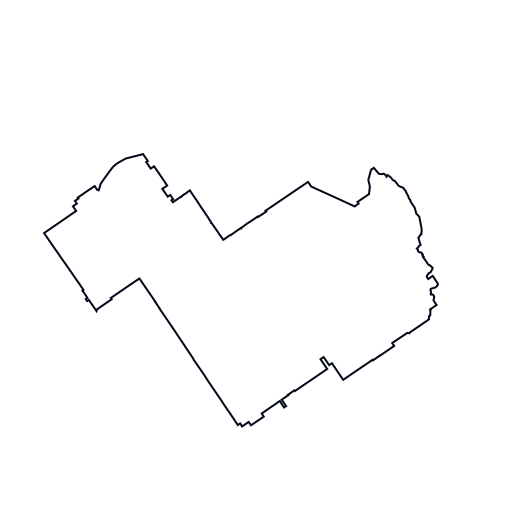 the district of Coolamon, New South Wales, Australia, rotated 317°
{"feature_id": "25037944B40233060499011", "entity_name": "Coolamon", "entity_type": "district", "adm_level": 2, "iso_a3": "AUS", "parent_name": "Australia", "parent_adm1": "New South Wales", "projection": "robinson", "projection_center": [147.189, -34.6], "detail": "fine", "context": "isolated", "style": "outline", "palette": "ink", "viewbox_px": 512, "rotation_deg": 317, "n_neighbors": 0, "source": "geoboundaries", "source_scale": "gbopen_adm2", "svg_char_len": 5755}
<svg xmlns="http://www.w3.org/2000/svg" viewBox="0 0 512 512"><g transform="rotate(317 256 256)"><path d="M115.7,101.0L115.2,104.4L114.6,108.4L113.9,113.1L113.2,118.3L113.0,119.9L112.5,122.7L110.3,138.7L110.1,139.6L109.8,142.0L108.4,151.4L108.3,152.2L108.3,152.7L108.0,154.6L106.9,161.8L106.7,163.1L105.5,162.9L104.2,171.6L102.2,171.3L101.8,173.8L103.8,174.1L101.8,187.5L102.0,187.4L102.8,187.0L103.3,186.7L103.5,186.6L111.5,187.8L121.0,189.2L121.3,187.7L137.8,190.2L141.7,190.8L144.3,191.1L144.8,191.2L144.8,191.3L151.7,192.3L155.4,193.0L154.1,201.5L151.2,220.8L151.0,220.7L149.8,228.5L149.6,228.5L145.8,253.4L145.0,258.5L144.9,258.6L143.0,270.7L142.9,271.1L142.9,271.3L142.9,271.5L142.8,271.8L142.7,272.9L142.4,273.8L140.4,286.7L140.3,287.4L140.2,288.0L139.9,288.8L139.7,289.3L136.7,309.7L136.5,310.1L136.4,310.5L135.2,317.8L132.4,336.1L132.1,338.6L131.9,339.0L131.5,341.2L130.3,348.6L129.7,353.2L129.1,356.9L128.6,360.0L128.3,361.8L127.9,364.1L127.7,365.9L127.4,367.2L130.2,367.6L129.6,371.2L137.5,372.4L136.9,376.4L152.1,378.8L152.8,375.1L153.1,375.1L174.5,378.3L173.2,385.9L175.7,386.3L176.8,378.6L184.6,379.8L184.6,379.3L192.4,380.4L192.3,381.3L205.5,383.3L231.0,387.2L232.8,375.5L236.5,376.0L235.1,385.7L238.4,386.2L235.3,406.0L247.8,407.9L270.4,411.4L270.3,412.1L278.1,413.2L278.4,413.2L278.4,413.4L295.7,416.0L296.2,412.6L296.3,412.5L314.2,415.4L315.3,416.9L315.5,416.7L330.5,419.0L335.9,419.8L339.3,420.3L339.8,419.5L340.7,419.0L341.0,418.3L342.4,417.9L342.8,418.2L343.7,417.6L346.5,414.5L346.6,414.3L347.0,414.4L347.1,413.8L354.7,415.0L355.4,410.1L355.7,409.5L355.8,409.4L356.0,409.2L356.3,408.9L356.6,408.7L357.4,408.3L358.1,407.7L358.5,407.3L358.7,406.9L358.8,406.4L359.0,405.3L359.1,405.0L359.0,404.8L358.8,404.6L358.6,404.4L358.1,403.9L357.9,403.7L357.7,403.5L357.8,403.3L357.8,403.1L358.5,402.4L358.9,402.2L359.1,402.0L360.0,400.8L360.1,400.4L360.2,400.1L360.4,399.8L360.7,399.5L361.1,399.4L361.5,399.3L361.8,399.4L362.1,399.5L362.5,399.6L362.9,399.9L363.5,400.2L364.5,400.6L364.8,400.8L365.8,401.4L367.4,401.5L368.1,401.2L369.2,401.2L370.1,400.3L371.7,391.1L366.3,390.3L366.7,387.8L366.9,387.6L367.1,387.4L367.6,387.2L367.8,387.1L368.3,386.9L368.6,386.8L369.6,386.6L370.1,386.5L370.4,386.4L370.6,386.4L371.2,386.5L371.7,386.7L372.2,386.9L372.3,386.9L372.7,386.9L374.8,386.3L375.5,385.9L376.3,385.8L377.1,385.1L376.9,381.6L376.2,380.1L376.1,379.8L376.3,378.9L377.4,371.5L377.4,370.7L378.1,370.8L378.4,368.5L379.0,368.6L379.3,366.3L377.8,364.2L377.9,362.7L378.8,361.5L378.7,360.3L380.9,360.2L381.5,359.8L383.9,360.2L384.2,360.0L385.0,357.6L385.6,356.7L387.2,353.4L387.3,353.4L391.7,352.5L391.8,352.4L392.0,352.7L394.8,350.1L396.3,348.1L398.6,344.4L402.2,338.6L402.2,335.3L402.0,334.6L405.0,328.9L405.9,323.0L406.6,320.8L406.9,320.3L407.2,318.0L408.1,316.3L408.3,315.4L408.8,313.8L409.2,311.9L409.9,310.5L409.8,308.9L410.2,307.0L409.9,305.9L408.4,302.7L408.2,301.7L408.8,295.6L408.5,295.2L408.1,294.6L408.1,294.3L407.9,293.6L407.9,293.3L407.9,292.9L407.9,292.6L408.0,292.2L408.1,291.9L408.1,291.6L408.1,291.1L408.1,290.4L408.1,290.0L408.0,289.7L408.0,288.9L407.9,288.6L407.8,288.3L407.6,287.6L407.5,287.1L407.4,286.6L407.1,286.5L406.9,286.5L405.6,287.0L405.9,284.7L405.9,284.3L405.9,284.1L405.8,283.8L405.8,283.6L405.7,283.4L405.6,283.2L405.4,282.9L405.2,282.7L404.7,282.4L404.0,281.9L403.3,281.4L403.0,281.2L402.8,281.0L402.7,280.8L402.5,280.5L402.2,280.0L402.2,279.9L402.0,279.6L401.9,279.2L402.0,278.0L402.3,271.9L400.9,271.7L400.9,271.8L399.5,271.3L395.8,273.2L395.8,273.4L395.8,273.5L394.6,274.1L394.3,274.2L394.0,274.4L393.1,275.3L392.9,275.4L392.4,275.4L392.1,275.5L391.9,275.6L390.5,276.7L390.2,276.9L390.0,277.0L387.9,280.7L386.7,282.8L384.5,284.7L384.4,284.8L380.9,287.7L380.8,287.8L367.1,285.7L366.8,287.6L362.0,287.1L355.9,272.2L352.2,263.2L348.7,254.8L346.0,248.4L343.7,242.7L344.5,238.4L344.5,237.3L329.3,234.9L322.8,233.9L293.8,229.4L293.7,230.5L284.2,228.9L284.3,228.3L282.2,228.0L276.9,227.2L271.6,226.2L265.0,225.5L264.1,225.4L264.0,225.5L263.9,225.2L257.7,224.3L252.6,223.6L251.4,223.4L251.3,223.1L248.3,222.6L244.5,222.1L243.1,221.8L243.3,220.6L243.8,216.8L244.2,214.1L245.5,205.3L245.5,205.2L245.7,203.8L245.9,202.4L245.9,202.2L245.8,201.9L245.6,201.4L245.8,201.2L246.0,201.1L246.2,200.8L246.8,197.2L246.8,196.9L247.0,196.5L247.0,196.3L248.1,189.5L248.5,187.2L248.6,186.3L248.9,184.2L249.9,178.4L250.6,174.3L251.7,167.0L252.4,162.9L252.0,162.9L251.9,162.9L251.3,162.8L251.0,162.8L250.6,162.7L250.2,162.6L249.6,162.6L249.0,162.5L248.1,162.4L247.0,162.2L246.3,162.2L245.2,161.9L244.8,161.8L244.5,161.8L244.1,161.8L243.7,161.7L243.1,161.6L242.5,161.8L242.3,161.9L242.1,161.9L241.7,161.5L241.4,161.4L240.8,161.3L240.0,161.3L239.6,161.2L238.8,161.1L238.2,160.9L237.5,160.8L236.2,160.7L235.1,160.4L234.7,160.4L234.4,160.3L231.9,160.0L232.2,157.6L234.1,157.9L234.9,152.9L231.9,152.4L233.3,143.0L239.1,143.9L240.3,136.3L240.5,135.4L241.1,131.1L241.9,126.1L242.6,120.9L238.6,120.3L239.8,112.4L241.7,112.7L242.9,104.4L241.1,103.5L236.1,100.8L234.4,99.8L232.8,99.0L227.8,96.2L227.1,95.9L225.8,95.5L218.7,93.8L217.2,93.5L216.2,93.4L214.5,93.3L213.4,93.3L212.6,93.3L212.0,93.4L209.6,93.7L206.9,94.2L205.4,94.4L204.3,94.7L202.9,94.9L200.6,95.4L197.8,95.9L195.5,96.4L195.1,96.5L193.6,96.8L193.0,97.0L192.5,97.1L192.0,97.3L191.5,97.4L191.1,97.6L190.7,97.8L189.5,98.6L187.2,99.9L185.7,100.7L185.0,99.1L185.7,94.8L185.4,94.7L185.0,94.7L184.6,94.6L184.2,94.5L183.9,94.5L183.5,94.5L183.0,94.4L181.6,94.2L181.2,94.1L180.8,94.1L180.5,94.0L180.1,93.9L179.4,93.8L178.7,93.7L178.4,93.6L178.0,93.6L176.1,93.3L173.3,92.9L169.2,92.3L165.5,91.7L165.3,92.9L161.2,92.2L160.7,95.5L156.0,94.8L155.2,100.4L143.2,98.6L142.8,98.6L140.9,98.3L132.8,97.1L116.6,94.7L116.4,96.3L116.0,98.8L115.7,101.0Z" fill="none" stroke="#020617" stroke-width="2"/></g></svg>